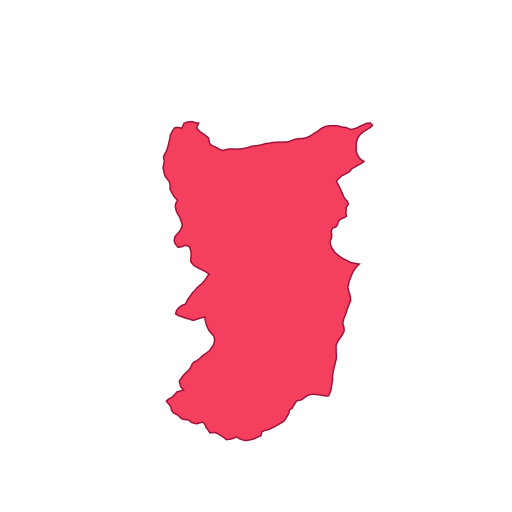 Pederneiras, São Paulo, Brazil, rotated 37°
{"feature_id": "56859067B46538845072755", "entity_name": "Pederneiras", "entity_type": "district", "adm_level": 2, "iso_a3": "BRA", "parent_name": "Brazil", "parent_adm1": "São Paulo", "projection": "albers", "projection_center": [-48.87, -22.29], "detail": "fine", "context": "isolated", "style": "filled", "palette": "rose", "viewbox_px": 512, "rotation_deg": 37, "n_neighbors": 0, "source": "geoboundaries", "source_scale": "gbopen_adm2", "svg_char_len": 3863}
<svg xmlns="http://www.w3.org/2000/svg" viewBox="0 0 512 512"><g transform="rotate(37 256 256)"><path d="M271.8,426.0L276.2,426.8L279.0,427.9L281.5,430.2L284.9,431.0L288.3,430.2L291.6,430.3L293.9,430.8L296.5,430.1L298.9,428.7L301.0,427.5L304.3,427.8L307.4,426.8L309.6,425.7L311.2,423.5L313.5,420.6L316.9,421.4L319.5,423.1L322.7,423.9L325.6,425.0L329.2,421.9L332.2,420.9L336.4,420.5L340.3,420.3L342.7,420.6L345.6,417.9L347.7,415.2L349.3,412.1L352.6,411.9L355.5,411.1L358.8,409.7L360.8,407.6L362.7,405.5L364.6,403.0L366.1,400.0L368.1,396.7L366.5,392.9L367.7,390.5L370.6,386.9L372.9,382.4L375.6,376.4L377.7,371.1L377.5,366.3L376.8,361.7L375.4,358.7L376.5,355.9L375.9,351.5L375.7,347.2L378.9,343.4L380.2,339.0L381.0,336.6L383.0,333.6L384.8,332.0L388.1,330.0L391.7,327.9L396.2,325.7L398.1,324.0L397.4,321.0L396.7,318.4L395.3,315.6L393.2,311.8L391.5,308.6L389.9,306.4L388.1,303.7L387.0,301.4L385.3,297.7L383.8,294.1L381.9,289.7L380.3,287.3L377.2,283.7L373.8,279.3L372.8,275.4L372.2,265.8L371.5,262.8L369.3,260.2L365.8,257.5L364.0,253.7L363.2,250.9L362.2,247.1L360.6,243.0L359.5,238.9L358.5,234.7L356.3,232.1L350.4,227.6L348.0,225.5L345.5,219.9L343.6,213.2L342.9,209.2L342.7,206.3L342.8,203.2L343.3,200.3L335.7,204.2L329.9,205.1L327.1,205.7L322.4,206.0L320.0,205.9L316.6,205.6L311.0,203.6L308.3,201.8L306.5,200.0L305.2,195.6L303.3,193.0L301.4,191.4L300.2,187.7L302.3,184.8L302.3,182.1L300.9,178.5L301.8,174.8L303.4,172.2L304.3,169.7L301.5,167.2L300.3,164.8L298.7,162.9L298.7,159.2L296.2,157.3L292.3,156.8L289.3,155.2L287.0,153.9L284.3,152.4L280.0,150.2L275.2,147.9L275.5,144.3L276.3,140.0L277.9,137.2L279.0,134.6L280.0,131.7L279.9,128.9L281.3,125.7L282.8,122.0L284.3,119.1L285.3,115.4L281.3,115.9L278.5,115.1L275.1,113.5L272.6,111.6L267.9,105.3L266.2,100.4L266.1,96.0L267.1,92.0L268.7,87.5L270.0,84.4L270.4,81.5L267.2,81.0L264.4,83.5L263.0,86.2L261.5,88.8L260.3,91.2L259.0,93.7L257.3,96.1L255.4,98.0L253.0,98.6L249.9,99.5L247.2,101.4L244.9,102.0L242.2,103.4L239.3,105.3L235.7,108.3L233.7,110.5L232.5,112.6L231.1,115.4L230.4,118.8L228.8,122.5L227.7,125.7L226.6,128.6L224.5,131.9L222.4,134.2L219.2,136.8L216.5,139.8L214.1,143.9L212.1,146.4L209.3,148.4L207.5,150.1L205.1,151.7L203.0,153.8L200.7,155.5L199.0,157.7L196.1,160.3L194.6,162.4L192.4,165.2L189.9,167.7L187.7,169.7L185.8,171.9L184.2,174.4L182.4,176.4L180.3,178.8L177.6,181.2L175.1,183.2L171.9,185.2L168.9,188.0L166.2,191.4L164.0,192.4L161.7,193.0L159.3,193.1L156.2,193.9L152.2,194.5L146.7,190.2L141.3,190.1L136.3,190.4L131.5,189.6L130.2,184.3L128.2,185.7L124.1,187.1L120.7,190.1L118.6,193.4L119.9,198.5L115.7,200.6L113.9,202.7L114.0,206.3L114.8,211.1L116.1,213.3L117.2,215.6L118.8,219.3L119.9,221.8L121.3,225.7L121.7,229.7L122.6,232.7L125.8,235.5L128.7,241.6L132.8,245.1L135.9,247.3L138.4,247.7L142.1,248.9L145.0,251.3L146.9,254.2L150.0,255.8L153.9,257.5L156.9,258.2L159.8,258.8L160.3,262.2L161.4,264.6L163.5,266.6L165.8,268.4L169.2,270.0L171.7,270.8L173.9,272.5L176.8,274.2L178.9,276.1L179.9,280.0L180.1,283.0L179.7,286.3L179.7,289.7L181.5,293.1L184.4,295.0L188.5,296.0L191.1,293.3L192.9,290.2L196.6,288.6L198.9,289.7L202.0,292.2L204.3,295.2L205.8,297.8L207.5,299.9L212.2,300.9L216.2,300.4L219.7,299.9L222.2,299.4L225.3,298.9L229.5,298.7L229.4,301.3L229.8,305.8L229.5,310.0L228.6,314.3L228.0,317.2L228.0,320.2L227.4,323.6L227.6,327.3L227.6,331.8L228.1,334.7L228.5,337.2L226.8,339.5L225.6,342.9L225.3,347.2L226.6,350.6L230.0,350.3L234.1,348.9L236.8,348.2L240.0,346.8L244.7,345.2L249.6,338.1L251.9,335.6L254.3,338.1L256.7,339.9L258.6,341.4L263.5,343.9L270.4,345.4L273.4,347.7L275.5,352.1L275.8,357.1L275.8,359.6L274.7,364.0L273.5,367.1L272.8,371.3L271.7,375.5L270.3,378.0L270.0,380.8L270.7,383.3L271.0,387.6L270.3,391.1L269.9,394.1L269.8,396.9L270.0,402.0L274.6,405.8L278.8,406.6L276.8,409.3L274.7,412.0L274.3,417.6L273.7,420.2L272.1,423.1L271.8,426.0Z" fill="#f43f5e" stroke="#9f1239" stroke-width="1.5"/></g></svg>